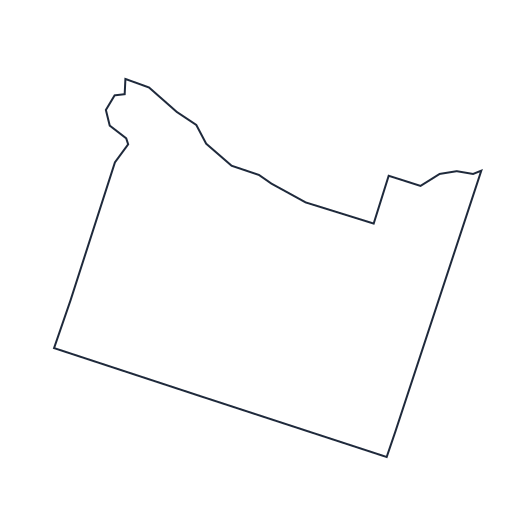 the district of Rusk, Texas, United States of America, rotated 288°
{"feature_id": "52423323B2750647625909", "entity_name": "Rusk", "entity_type": "district", "adm_level": 2, "iso_a3": "USA", "parent_name": "United States of America", "parent_adm1": "Texas", "projection": "orthographic", "projection_center": [-94.628, 32.126], "detail": "fine", "context": "isolated", "style": "outline", "palette": "slate", "viewbox_px": 512, "rotation_deg": 288, "n_neighbors": 0, "source": "geoboundaries", "source_scale": "gbopen_adm2", "svg_char_len": 503}
<svg xmlns="http://www.w3.org/2000/svg" viewBox="0 0 512 512"><g transform="rotate(288 256 256)"><path d="M106.0,92.4L105.5,247.7L105.2,442.4L131.9,442.8L406.8,443.9L401.1,437.1L398.7,420.7L390.8,405.3L373.5,390.8L373.3,357.4L323.2,357.9L322.3,286.7L329.6,248.3L334.0,233.8L334.3,204.9L347.4,173.9L362.2,158.7L368.5,136.2L383.2,102.2L384.0,77.1L369.3,81.1L365.1,71.9L348.5,68.1L334.8,76.6L327.8,96.2L322.7,99.9L301.5,92.9L156.3,93.3L106.0,92.4Z" fill="none" stroke="#1e293b" stroke-width="2"/></g></svg>